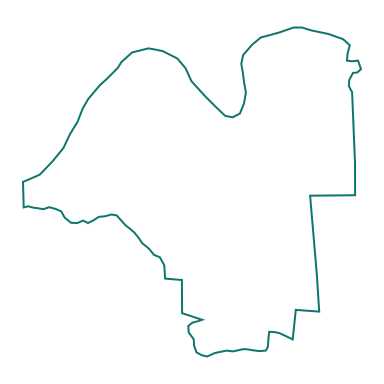 Porto Xavier, Rio Grande do Sul, Brazil (Robinson projection)
{"feature_id": "56859067B25276568047919", "entity_name": "Porto Xavier", "entity_type": "district", "adm_level": 2, "iso_a3": "BRA", "parent_name": "Brazil", "parent_adm1": "Rio Grande do Sul", "projection": "robinson", "projection_center": [-55.156, -27.94], "detail": "fine", "context": "isolated", "style": "outline", "palette": "teal", "viewbox_px": 384, "rotation_deg": 0, "n_neighbors": 0, "source": "geoboundaries", "source_scale": "gbopen_adm2", "svg_char_len": 1499}
<svg xmlns="http://www.w3.org/2000/svg" viewBox="0 0 384 384"><path d="M349.8,45.3L343.1,39.2L328.6,34.0L312.2,30.6L307.9,29.4L301.9,27.5L293.7,27.5L279.2,32.5L267.6,35.7L260.8,37.5L252.1,44.7L243.1,55.1L241.3,63.8L242.9,72.9L244.0,81.9L245.9,92.5L244.0,103.5L239.9,113.6L232.6,117.3L225.2,115.9L215.0,106.1L204.8,95.9L199.1,89.6L191.4,81.1L185.5,68.1L177.3,58.5L162.8,51.1L153.4,49.2L148.3,48.4L132.0,52.5L121.3,62.2L117.8,67.9L106.4,79.3L99.9,85.2L88.5,98.6L82.6,108.8L79.4,117.0L77.6,121.8L74.9,126.1L69.9,134.3L63.4,148.1L52.3,161.6L39.7,174.7L27.1,180.2L23.0,181.9L23.7,207.4L28.2,206.3L33.2,207.6L37.5,208.2L43.4,209.2L49.1,207.2L55.5,208.9L61.3,211.4L64.7,217.7L71.1,222.8L77.4,223.0L83.1,220.6L88.0,223.0L93.5,220.3L98.7,216.9L105.3,216.2L111.4,214.5L116.7,215.4L125.9,225.7L129.4,228.3L134.3,232.5L138.8,238.1L142.3,243.3L149.1,248.8L154.0,254.9L159.9,257.3L164.3,265.3L164.7,272.0L165.1,278.6L181.9,280.0L182.1,313.2L202.1,319.8L197.3,321.4L192.5,322.6L188.3,326.0L188.7,332.5L193.7,339.2L194.1,345.8L196.6,352.5L201.8,355.2L207.1,356.5L214.9,353.0L226.5,350.6L232.9,351.4L243.5,349.1L247.9,349.4L253.0,350.3L259.6,351.1L265.8,350.6L268.0,346.6L268.4,338.4L269.2,331.8L274.5,332.1L279.3,333.1L285.0,335.7L292.7,339.4L295.8,309.9L319.2,311.6L316.8,274.1L311.3,209.8L310.1,195.7L339.6,195.4L355.1,195.2L355.0,162.7L352.1,92.2L348.9,86.2L349.2,80.1L353.0,72.9L357.3,72.5L361.0,69.1L358.0,60.6L352.1,61.3L346.9,60.6L347.6,53.5L349.8,45.3Z" fill="none" stroke="#0f766e" stroke-width="2"/></svg>